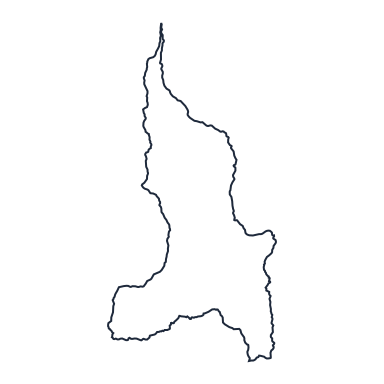 Campamento, Antioquia, Colombia (orthographic projection)
{"feature_id": "7082276B86795157011208", "entity_name": "Campamento", "entity_type": "district", "adm_level": 2, "iso_a3": "COL", "parent_name": "Colombia", "parent_adm1": "Antioquia", "projection": "orthographic", "projection_center": [-75.286, 7.07], "detail": "fine", "context": "isolated", "style": "outline", "palette": "slate", "viewbox_px": 384, "rotation_deg": 0, "n_neighbors": 0, "source": "geoboundaries", "source_scale": "gbopen_adm2", "svg_char_len": 6056}
<svg xmlns="http://www.w3.org/2000/svg" viewBox="0 0 384 384"><path d="M136.6,338.6L140.6,340.2L141.5,340.3L143.0,339.0L143.6,338.8L145.4,339.5L147.2,339.5L149.5,337.5L149.7,336.1L150.0,335.6L154.7,334.5L155.9,333.6L157.1,332.0L159.0,331.9L160.2,331.3L161.3,331.4L162.3,330.7L163.5,331.1L164.6,330.0L167.3,330.0L169.4,329.1L169.8,328.8L169.9,328.1L169.7,325.6L170.9,324.6L171.0,323.0L171.6,322.8L173.0,323.3L173.8,323.1L174.4,321.7L175.7,320.7L178.3,318.2L179.3,315.9L179.9,315.9L181.0,316.3L185.0,316.7L186.3,317.2L187.3,316.4L188.8,317.6L189.8,318.9L190.7,319.0L191.1,318.8L191.3,317.8L192.0,317.3L193.9,317.7L195.2,317.1L196.7,317.1L197.9,316.5L200.9,316.2L202.5,315.6L203.4,314.8L203.6,313.5L205.0,313.3L208.5,311.8L212.2,309.4L214.7,309.2L216.1,309.8L216.9,309.4L217.8,309.6L218.9,311.4L219.7,311.9L220.7,315.2L221.8,316.0L222.7,317.5L223.0,322.5L224.8,324.3L229.3,327.1L232.4,328.1L233.7,329.2L239.2,328.9L240.4,330.1L241.3,333.4L244.1,337.3L244.4,338.7L244.3,340.1L245.2,342.6L247.1,344.5L248.1,344.8L248.3,345.1L248.5,347.5L248.2,349.8L247.4,351.6L247.4,352.6L247.8,354.7L248.6,356.5L249.7,358.0L249.7,358.9L249.0,361.0L251.5,360.5L253.3,360.5L254.1,360.2L255.4,359.4L256.7,357.6L258.3,357.1L259.1,355.6L260.5,355.8L264.1,356.7L265.5,357.9L266.9,358.5L268.8,358.4L270.6,358.0L270.8,357.3L270.5,352.8L271.3,350.5L272.8,349.3L273.6,348.0L273.7,346.9L272.9,345.7L272.9,345.2L273.9,344.3L274.3,343.2L274.2,342.8L272.4,341.4L272.1,340.5L272.2,338.4L271.0,337.2L270.8,336.6L270.9,335.0L272.9,332.1L272.5,327.4L273.3,325.4L271.7,323.5L271.5,323.0L272.5,319.1L272.4,318.3L271.7,317.2L272.3,314.9L271.4,313.7L271.2,312.3L270.8,311.6L270.9,309.0L270.1,305.1L270.4,301.9L269.5,298.9L270.6,296.0L269.7,295.1L269.1,293.9L269.2,291.9L266.3,290.5L266.4,288.7L265.6,287.7L267.7,284.9L268.4,283.5L269.9,282.6L270.2,282.2L270.1,281.6L269.0,281.2L269.7,278.3L269.5,277.9L268.7,277.7L268.7,276.5L267.8,276.0L266.3,274.3L265.8,272.6L265.1,271.9L264.9,270.7L264.0,269.8L263.7,267.1L264.2,265.1L264.0,264.5L264.9,263.6L264.6,261.8L265.3,259.9L266.9,257.0L269.2,255.3L271.5,253.2L272.1,252.1L272.2,249.9L273.4,247.9L273.6,245.9L275.5,243.3L275.9,242.3L275.9,241.2L275.5,240.0L273.5,238.7L273.2,238.2L273.3,237.6L274.1,236.3L274.0,235.4L273.3,235.6L272.2,234.9L271.9,232.6L271.3,231.9L269.9,230.8L268.6,230.6L267.1,230.8L265.6,231.4L262.4,233.7L261.1,234.1L259.2,234.1L252.9,235.5L249.3,235.3L248.0,234.9L246.6,234.2L245.5,232.9L245.0,229.9L243.6,228.2L242.7,225.9L240.1,224.2L237.1,220.3L236.5,220.2L235.1,220.4L234.3,220.1L234.3,219.2L234.8,217.9L234.1,215.3L233.1,213.4L233.1,212.7L233.8,211.2L233.7,210.5L233.1,208.9L232.5,205.7L232.2,201.2L231.4,196.9L229.8,194.5L229.7,192.1L229.8,191.2L230.4,190.2L231.0,185.5L232.4,182.4L234.4,179.3L234.3,178.5L233.2,176.7L233.0,175.1L235.4,170.7L235.4,168.0L235.3,167.5L234.0,166.5L233.6,165.8L234.0,165.1L235.2,164.7L235.5,164.3L236.5,159.8L235.6,158.5L234.3,155.7L233.6,151.4L231.1,148.3L231.0,147.5L231.6,146.5L231.5,145.9L229.9,145.1L228.1,142.4L228.2,139.5L228.7,137.7L228.2,137.0L226.9,136.5L226.4,136.0L226.2,133.9L225.8,133.0L224.5,132.4L223.6,131.5L222.4,131.3L221.5,131.7L220.4,131.7L218.1,130.0L215.2,128.7L211.8,125.6L210.3,125.4L208.2,126.0L207.2,125.9L206.2,125.4L202.5,122.2L200.6,122.4L196.8,121.2L194.4,120.8L190.1,117.9L188.8,116.6L187.7,115.0L187.6,114.0L188.1,112.3L188.1,111.3L187.5,109.6L185.3,106.0L180.6,101.0L177.6,100.3L176.0,98.2L172.8,96.3L170.8,93.9L170.1,92.4L169.9,91.3L169.3,90.3L166.5,88.6L164.4,85.7L163.5,82.8L163.2,80.0L162.2,77.6L162.2,75.5L162.8,73.7L162.8,71.9L161.3,69.2L161.3,68.4L162.3,66.4L162.3,65.3L161.7,64.0L160.2,63.4L160.0,62.9L161.0,59.5L160.9,52.9L161.9,50.4L161.9,48.2L162.5,45.3L162.5,43.3L163.7,41.8L163.9,40.8L163.8,40.3L162.6,38.9L162.7,35.1L161.4,33.3L161.1,32.1L161.1,31.4L162.1,29.5L161.2,27.5L161.7,24.5L161.2,23.0L160.6,27.8L160.7,30.1L160.2,32.3L160.9,35.6L160.1,38.0L160.3,41.2L159.5,43.1L159.2,46.1L157.9,48.8L156.2,51.8L155.6,54.4L154.7,56.0L153.2,57.2L149.7,58.2L148.4,59.1L147.3,61.5L147.2,63.0L146.9,63.7L147.2,67.0L146.8,68.3L146.7,69.7L145.2,72.9L144.8,75.9L143.8,77.3L143.9,78.6L144.6,80.4L144.2,82.7L144.3,84.3L147.5,91.1L147.5,93.3L146.6,96.2L147.2,97.4L147.0,101.2L147.6,102.8L147.8,104.8L147.0,107.1L145.0,108.0L143.1,109.4L143.8,113.0L144.6,114.3L144.6,116.0L145.8,118.0L145.6,119.0L144.2,120.9L143.5,122.7L143.3,125.9L143.6,126.9L145.4,130.1L145.6,131.8L146.4,132.3L147.7,133.5L148.9,134.1L148.9,135.1L149.6,137.1L149.5,139.7L150.4,141.5L150.2,142.6L151.3,144.2L151.4,145.0L150.8,146.5L150.8,148.1L149.4,148.9L148.6,149.8L148.2,151.8L147.6,152.2L146.2,152.5L145.2,154.1L145.2,154.9L146.0,156.4L146.6,158.9L145.8,160.9L146.2,166.8L147.5,169.5L147.6,171.8L148.0,172.9L148.0,173.6L147.1,175.9L147.0,179.0L144.3,182.8L142.2,184.4L141.8,185.4L143.0,187.3L143.9,188.1L144.8,188.7L147.5,189.6L148.4,190.2L150.4,193.2L153.2,193.5L156.0,194.8L156.7,196.2L158.9,198.6L159.2,200.6L160.1,202.0L160.1,203.4L159.5,204.4L159.4,205.2L160.9,207.0L161.3,208.4L161.5,212.0L162.1,212.9L163.1,214.0L164.7,217.8L166.3,219.8L167.6,222.6L168.7,223.9L169.3,225.1L169.5,227.9L170.0,229.0L170.1,230.3L169.3,231.1L168.9,231.9L168.4,235.1L168.8,236.8L167.4,238.8L167.0,240.9L168.4,245.4L167.9,248.7L168.0,251.1L166.8,254.6L166.6,256.7L166.0,259.0L165.8,261.9L164.6,263.0L164.3,265.8L161.7,270.0L159.9,271.8L153.8,274.4L151.4,278.7L150.5,279.5L147.2,281.0L145.8,283.5L143.7,286.3L142.7,286.7L140.6,286.4L138.7,287.0L137.8,287.0L135.4,286.3L132.5,286.2L130.8,286.9L130.1,286.8L128.2,285.9L126.5,285.8L123.8,286.1L118.9,287.2L117.3,290.7L115.6,293.6L115.0,295.0L114.6,296.8L113.7,297.9L113.3,299.4L112.7,300.1L114.1,303.8L113.3,306.1L113.0,312.3L111.3,317.4L111.2,321.0L108.4,323.1L108.1,324.8L108.1,326.3L108.6,327.1L108.8,328.5L109.9,329.1L110.3,329.9L111.3,330.6L112.2,332.3L113.3,333.1L112.4,334.4L112.2,336.7L111.9,337.2L112.7,337.8L113.5,339.0L114.4,339.1L115.8,338.6L117.4,339.4L118.9,339.4L120.3,338.7L122.2,338.5L125.9,340.1L127.1,340.2L128.1,339.8L128.6,338.3L129.5,337.8L131.2,338.9L132.6,338.9L134.4,338.5L136.6,338.6Z" fill="none" stroke="#1e293b" stroke-width="2"/></svg>